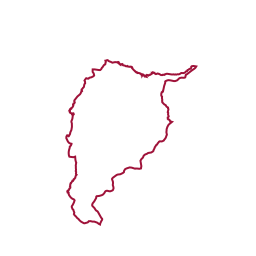 Villapinzón, Cundinamarca, Colombia (Albers equal-area conic projection), rotated 60°
{"feature_id": "7082276B98180996541689", "entity_name": "Villapinzón", "entity_type": "district", "adm_level": 2, "iso_a3": "COL", "parent_name": "Colombia", "parent_adm1": "Cundinamarca", "projection": "albers", "projection_center": [-73.591, 5.245], "detail": "fine", "context": "isolated", "style": "outline", "palette": "rose", "viewbox_px": 256, "rotation_deg": 60, "n_neighbors": 0, "source": "geoboundaries", "source_scale": "gbopen_adm2", "svg_char_len": 5695}
<svg xmlns="http://www.w3.org/2000/svg" viewBox="0 0 256 256"><g transform="rotate(60 128 128)"><path d="M197.6,200.5L196.7,199.7L195.3,197.7L194.6,196.4L194.2,196.0L193.7,195.8L192.2,196.1L185.8,196.0L184.9,196.1L183.4,196.9L182.8,197.0L180.4,197.1L177.8,197.8L176.8,197.6L176.1,196.9L175.6,196.3L174.7,194.0L172.8,190.7L171.6,189.8L171.4,189.3L172.5,186.7L173.1,184.2L173.1,182.8L172.5,181.0L171.7,179.7L171.5,179.0L171.6,178.1L172.1,177.2L173.5,175.8L174.0,174.8L174.3,172.7L174.1,171.9L172.9,170.6L171.6,170.1L169.8,169.7L168.2,168.5L166.9,167.9L164.2,167.4L163.8,166.8L163.5,165.9L163.0,161.3L163.2,160.1L164.2,157.8L164.4,155.1L164.3,154.1L164.2,153.6L163.3,153.0L162.9,152.4L162.2,151.0L162.3,149.4L163.0,146.2L164.2,144.6L166.8,142.2L166.9,141.6L168.0,139.9L169.0,138.6L169.5,137.0L167.7,135.5L162.6,133.6L161.7,132.1L161.1,129.9L159.8,128.2L159.5,126.4L159.8,124.6L159.7,123.0L160.8,120.2L160.8,118.4L160.5,117.4L159.9,116.9L158.9,115.3L158.0,114.4L157.8,113.6L157.2,112.8L156.8,111.8L156.9,111.1L156.2,110.1L155.7,108.6L155.4,108.1L155.4,107.2L156.5,105.5L156.7,104.4L156.7,103.1L156.4,102.8L155.7,100.9L155.0,99.8L153.9,98.6L153.3,97.7L150.7,96.8L150.0,96.2L148.3,95.1L146.7,93.3L145.6,91.5L145.3,90.5L144.7,86.8L143.9,87.5L143.4,88.2L142.8,88.0L141.4,88.1L140.8,88.8L139.9,89.0L139.4,88.5L138.7,88.3L138.6,87.4L138.2,86.9L136.4,86.6L135.0,85.6L134.2,85.7L132.1,83.7L131.6,83.5L131.1,83.6L130.3,83.1L128.9,83.9L128.2,84.0L127.2,83.9L125.6,84.8L123.2,85.4L122.6,85.4L122.1,85.0L121.5,84.9L120.9,84.3L119.0,83.6L117.8,82.8L116.9,83.0L116.4,82.9L114.9,82.0L114.0,81.0L114.2,80.8L114.0,80.1L113.3,79.2L113.5,79.1L109.6,75.6L107.5,73.2L106.3,72.5L106.2,72.0L106.4,70.2L106.8,69.0L107.9,67.5L110.4,64.7L111.0,63.5L111.3,61.5L110.6,58.8L110.6,58.2L111.2,56.4L112.1,55.1L112.8,53.6L112.6,52.9L110.9,51.4L110.9,50.0L110.1,44.4L109.8,40.7L109.5,39.4L108.8,38.1L107.0,40.3L106.4,41.8L106.5,42.5L107.5,43.2L107.9,43.9L107.9,44.4L107.5,45.2L107.8,46.5L107.6,47.5L108.3,48.5L108.0,49.4L108.5,51.2L108.2,52.5L107.0,54.4L107.1,56.2L106.9,57.2L106.2,58.3L105.9,59.5L105.6,59.9L105.3,60.1L105.0,61.0L104.2,61.9L104.2,62.2L103.5,63.4L100.5,67.1L100.2,68.0L100.2,68.9L100.0,69.0L99.9,69.5L100.1,70.2L99.3,71.0L99.4,71.7L98.7,72.9L96.6,74.1L96.2,74.7L95.7,74.9L95.5,75.4L95.4,76.6L95.2,77.0L93.9,77.7L93.4,77.5L93.0,78.1L92.1,78.6L92.1,79.0L92.5,79.2L92.3,79.5L92.6,79.5L92.6,80.0L92.9,80.1L93.0,81.5L92.8,81.8L93.0,82.0L93.0,82.5L92.7,83.9L92.5,84.0L92.7,84.3L92.1,84.7L92.1,84.9L91.8,85.0L91.7,84.9L91.6,85.0L91.9,85.3L91.8,85.6L91.9,85.8L91.5,85.9L91.5,86.1L91.7,86.4L91.7,86.6L92.0,86.6L91.7,86.8L92.0,86.8L92.0,87.0L91.6,87.4L91.9,87.4L91.8,87.5L91.6,87.5L91.6,87.8L91.1,87.8L90.0,88.3L89.7,88.8L89.4,88.8L89.5,89.0L89.2,88.8L89.1,89.6L88.9,89.5L88.7,89.7L88.3,89.8L88.0,89.5L87.9,89.6L88.0,89.7L87.9,89.8L87.2,89.9L87.1,90.2L86.9,90.2L86.4,90.5L85.5,91.4L85.5,91.7L85.1,92.4L84.4,92.3L84.2,92.7L83.8,93.1L83.4,93.0L83.2,93.3L82.3,93.6L81.9,93.5L81.2,93.9L78.0,94.6L77.7,94.6L77.6,94.1L77.4,94.1L77.3,94.3L76.9,94.3L76.2,94.9L75.9,95.9L75.0,96.8L75.0,97.1L74.4,97.7L73.9,97.7L73.8,98.5L73.3,99.1L72.3,99.6L71.8,100.3L71.1,101.0L70.6,101.0L70.1,100.8L69.9,100.9L70.0,101.3L69.8,101.4L69.8,101.7L69.5,101.8L69.5,102.2L69.1,102.6L69.1,102.8L68.7,102.9L69.1,103.1L68.5,103.4L68.1,103.4L67.4,103.7L67.0,103.5L66.7,103.6L66.6,103.2L66.3,103.2L66.2,103.5L66.0,103.4L65.9,103.5L66.0,104.3L65.6,104.4L65.2,105.3L64.5,106.2L63.6,108.9L62.0,109.9L61.4,110.5L60.3,111.3L59.2,111.6L58.8,112.1L58.7,113.1L58.4,113.9L59.7,114.2L60.7,115.3L61.2,115.5L61.5,116.1L61.5,117.5L62.6,119.6L62.8,120.5L63.6,121.7L63.9,123.1L63.5,123.9L60.5,127.7L59.6,129.3L61.2,130.3L62.0,130.6L63.5,130.4L65.5,131.0L65.9,131.9L65.8,134.3L65.2,136.2L65.3,137.1L65.5,137.5L65.2,138.1L64.0,139.3L64.7,141.1L65.2,142.0L66.3,142.0L67.9,142.8L68.1,143.5L68.5,144.1L70.4,145.7L70.7,146.6L70.7,146.9L71.3,148.0L71.4,148.8L72.0,149.4L72.8,149.2L73.1,149.3L73.4,150.7L74.2,151.5L74.8,152.7L75.4,156.0L77.3,160.7L77.7,160.9L78.0,161.2L78.8,161.2L79.3,161.4L79.5,161.9L79.9,162.3L79.9,162.6L79.6,163.0L80.2,163.9L80.6,164.1L81.2,164.1L81.6,164.6L82.3,165.8L82.5,166.6L82.4,167.2L83.0,167.6L83.0,168.0L82.6,168.3L82.6,168.5L83.5,169.9L83.6,169.7L83.9,169.6L85.0,170.2L85.5,170.6L86.5,170.1L87.1,169.5L88.1,169.7L88.4,168.8L87.8,168.4L87.8,168.1L88.1,167.9L89.0,168.1L89.4,169.4L92.1,171.5L93.0,172.5L93.8,173.6L94.5,174.0L95.9,174.3L99.0,176.0L101.4,178.0L102.9,180.1L104.2,181.2L105.5,183.4L105.4,183.7L104.2,183.9L103.9,184.4L104.6,185.6L105.9,186.5L109.5,186.8L110.5,186.7L111.6,186.4L112.5,185.8L113.4,184.8L113.8,185.1L114.6,186.2L115.1,187.8L115.8,188.2L117.7,190.2L119.2,191.4L120.8,192.3L122.3,192.9L123.5,193.1L123.8,192.8L126.0,189.9L126.4,188.1L129.4,189.5L131.4,190.1L132.0,190.1L134.5,192.1L135.3,192.4L136.6,193.2L138.4,194.0L139.1,194.8L140.2,194.9L141.6,196.0L141.9,196.1L142.8,195.9L143.0,196.6L143.5,197.5L144.8,198.6L144.9,199.2L145.2,199.6L145.2,200.5L145.6,200.7L145.9,201.3L145.8,202.2L146.3,202.3L146.2,202.9L146.9,204.2L147.0,205.1L147.2,205.3L147.5,205.3L147.8,206.1L149.0,206.8L149.4,207.4L150.3,207.4L151.0,208.0L151.1,209.1L151.9,209.7L152.1,210.2L152.1,211.5L152.4,212.2L153.1,212.4L153.2,211.8L153.7,211.7L154.0,212.2L154.4,211.8L154.6,211.8L155.0,212.3L156.8,212.6L159.5,212.3L161.4,211.6L162.7,210.6L163.9,210.4L165.4,212.0L167.0,214.4L167.6,215.7L168.2,216.2L170.5,216.6L171.4,216.2L172.4,216.5L174.4,216.8L175.5,217.9L175.9,217.8L176.8,217.9L178.6,217.3L180.2,217.1L182.4,216.3L183.5,216.2L185.6,215.5L188.3,213.9L188.9,213.1L189.0,212.3L189.4,211.1L189.6,209.9L189.1,208.6L190.0,206.9L191.2,205.7L192.2,204.0L194.1,202.4L194.7,201.9L196.3,201.3L197.6,200.5Z" fill="none" stroke="#9f1239" stroke-width="2"/></g></svg>